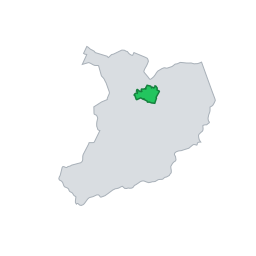 location of Uror, Jonglei, South Sudan, rotated 295°
{"feature_id": "79223893B11973303944142", "entity_name": "Uror", "entity_type": "district", "adm_level": 2, "iso_a3": "SSD", "parent_name": "South Sudan", "parent_adm1": "Jonglei", "projection": "albers", "projection_center": [32.126, 7.693], "detail": "fine", "context": "in_parent", "style": "filled", "palette": "green", "viewbox_px": 256, "rotation_deg": 295, "n_neighbors": 0, "source": "geoboundaries", "source_scale": "gbopen_adm2", "svg_char_len": 4156}
<svg xmlns="http://www.w3.org/2000/svg" viewBox="0 0 256 256"><g transform="rotate(295 128 128)"><path d="M197.7,187.8L191.0,194.6L190.5,195.0L189.7,195.5L186.9,195.5L184.1,195.2L181.6,193.5L178.9,194.8L177.3,195.3L176.3,195.4L173.9,195.6L170.7,196.4L169.2,197.3L168.4,198.0L167.7,199.3L167.4,199.4L166.8,199.3L165.9,198.7L164.2,198.0L163.3,196.3L162.5,195.3L161.8,194.8L159.0,196.4L157.7,196.8L156.6,196.8L154.5,195.8L152.3,195.0L151.2,195.0L149.4,196.0L147.5,197.5L146.5,199.0L146.0,199.9L145.3,198.5L144.6,197.7L143.7,197.3L141.8,197.7L141.4,197.2L141.3,196.0L141.0,195.0L140.5,194.2L139.1,193.4L135.4,191.7L132.5,188.5L131.1,187.0L130.1,186.0L128.6,183.5L126.9,181.8L124.9,180.9L123.5,181.3L122.1,183.2L119.5,184.9L118.3,185.0L116.7,184.0L114.8,183.3L111.3,183.0L109.8,183.8L107.9,185.1L106.3,185.9L105.3,186.0L104.4,185.7L103.4,185.5L102.5,185.5L100.6,184.2L99.6,183.3L99.0,182.4L98.0,181.8L96.7,181.3L95.9,180.6L95.4,179.6L94.7,178.3L93.9,177.2L91.0,175.2L90.2,174.0L89.6,172.8L88.5,171.6L87.2,169.8L86.9,167.4L86.8,165.4L86.6,164.4L86.1,163.5L85.5,162.7L84.5,161.8L82.2,160.5L79.8,159.0L78.7,158.1L76.5,157.7L75.2,156.9L74.1,155.0L73.7,153.5L72.6,152.3L72.2,151.4L71.9,150.5L72.8,147.5L71.6,146.4L69.7,145.0L68.4,143.5L67.6,142.2L65.2,140.3L60.0,137.5L57.0,135.8L55.3,134.2L53.9,132.7L53.8,132.0L54.7,130.5L54.9,129.3L54.1,127.9L51.0,125.3L48.6,122.4L46.7,121.5L42.1,120.6L40.8,120.3L39.5,119.7L38.1,118.4L37.7,116.9L38.4,114.4L38.0,113.7L37.2,113.5L37.4,113.0L38.3,111.8L39.8,111.1L43.6,109.9L43.8,109.5L43.9,108.0L44.2,107.2L45.5,105.2L45.7,104.3L45.8,102.5L46.0,101.7L46.4,101.1L47.4,100.1L47.8,99.5L48.0,98.1L47.9,95.4L48.5,94.3L50.9,91.9L51.5,90.8L51.8,89.9L51.8,88.9L51.9,87.9L52.6,86.9L53.3,86.6L55.0,86.4L56.2,86.6L64.5,85.0L65.5,85.3L65.9,86.3L65.9,87.9L66.0,88.6L66.4,89.2L67.8,90.0L68.7,91.2L69.1,91.7L70.5,92.6L76.6,99.9L78.3,100.6L80.0,100.4L83.4,98.9L85.1,98.6L96.9,99.1L98.2,98.9L98.3,99.0L100.0,102.6L100.9,103.4L113.8,103.6L113.6,102.6L113.8,101.4L116.1,99.2L116.4,98.9L118.4,97.9L120.3,97.2L124.1,96.4L125.5,95.1L126.2,93.9L126.3,91.5L126.8,91.1L127.7,90.6L132.0,88.5L132.7,88.1L140.4,93.0L144.7,96.9L144.9,97.1L145.1,97.2L145.4,97.0L145.6,96.9L146.1,96.7L147.9,96.6L151.4,96.5L152.6,96.0L159.6,89.1L161.3,86.8L161.8,86.4L162.8,84.8L163.9,82.1L164.1,81.8L171.7,75.3L172.0,74.8L172.0,74.4L170.9,72.2L170.6,71.1L170.6,69.4L170.8,66.7L170.7,65.0L170.6,64.6L166.3,59.7L177.1,59.6L177.1,59.0L177.1,58.8L176.8,58.3L176.7,57.5L176.7,57.1L176.8,56.7L176.8,56.3L176.8,56.2L184.5,56.2L184.4,57.6L183.5,60.7L183.5,62.7L183.3,64.8L183.1,65.5L182.7,66.0L182.5,66.3L182.5,66.5L184.2,78.7L184.0,79.2L183.6,80.0L183.5,80.4L183.7,80.5L187.2,81.9L187.4,81.9L187.5,82.0L188.8,83.6L195.9,89.4L196.1,89.7L196.8,91.5L196.9,91.8L197.0,92.2L196.9,92.5L196.8,93.6L196.8,94.1L196.9,94.4L197.0,94.8L197.0,95.2L195.9,97.3L195.6,98.8L195.5,100.1L195.6,100.8L195.7,101.2L195.8,101.4L195.9,101.5L198.9,101.5L198.9,102.2L199.4,113.2L199.4,114.4L199.3,116.0L198.9,116.6L198.1,117.5L197.0,118.3L194.2,118.5L192.0,118.5L190.3,118.3L188.1,118.2L186.0,118.4L185.3,119.1L182.5,125.0L181.7,126.4L181.4,127.3L181.7,127.8L182.8,128.5L185.2,129.6L187.9,130.2L189.9,130.4L191.3,130.7L192.3,131.0L196.2,133.7L197.5,134.9L198.2,136.0L198.3,137.2L198.9,138.3L202.4,142.0L205.8,143.7L207.1,145.6L208.3,146.6L209.5,147.6L210.1,149.1L211.6,153.5L212.6,155.8L213.6,157.7L214.1,160.8L214.9,162.2L215.7,163.8L217.1,165.3L218.5,166.5L218.8,166.8L204.3,181.2L197.7,187.8Z" fill="#d9dde1" stroke="#a8b0b8" stroke-width="1"/><path d="M174.7,140.6L174.7,138.3L176.6,137.5L177.7,135.5L177.6,134.8L177.2,135.0L175.2,134.5L175.4,133.1L174.4,132.4L175.4,131.2L175.5,130.7L174.8,127.3L171.9,127.1L171.1,127.7L170.8,127.6L170.9,126.9L169.8,125.6L169.0,123.8L167.9,123.9L167.2,125.0L166.5,124.6L166.2,123.0L166.9,120.3L166.6,119.9L165.0,120.1L164.8,121.4L163.5,121.7L163.6,121.2L162.2,119.9L160.5,119.6L160.4,119.9L160.2,120.6L157.5,123.3L157.4,124.0L158.6,125.0L160.7,126.8L160.4,129.6L161.0,129.7L161.2,130.3L160.6,131.0L160.5,133.8L159.7,134.7L160.5,136.4L160.7,138.8L161.7,141.8L167.0,141.2L167.7,140.5L174.3,141.0L174.7,140.6Z" fill="#22c55e" stroke="#15803d" stroke-width="1.5"/></g></svg>